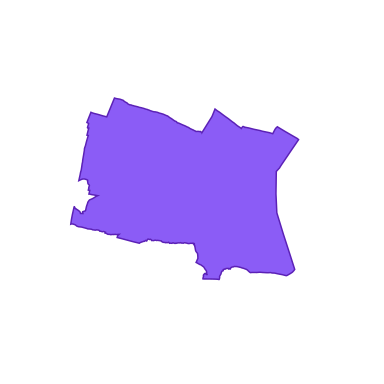 outline of Dersca, Botosani, Romania, rotated 144°
{"feature_id": "2599482B84441476848712", "entity_name": "Dersca", "entity_type": "district", "adm_level": 2, "iso_a3": "ROU", "parent_name": "Romania", "parent_adm1": "Botosani", "projection": "robinson", "projection_center": [26.235, 47.983], "detail": "fine", "context": "isolated", "style": "filled", "palette": "violet", "viewbox_px": 384, "rotation_deg": 144, "n_neighbors": 0, "source": "geoboundaries", "source_scale": "gbopen_adm2", "svg_char_len": 6016}
<svg xmlns="http://www.w3.org/2000/svg" viewBox="0 0 384 384"><g transform="rotate(144 192 192)"><path d="M309.0,237.2L308.2,237.0L307.0,235.9L305.7,234.0L305.2,232.0L304.2,230.6L302.0,228.6L300.3,226.5L298.7,224.5L298.1,223.5L296.2,221.9L295.2,220.9L294.5,219.7L293.7,219.0L292.9,218.2L292.2,217.7L291.3,217.4L291.1,217.0L290.6,216.7L290.2,216.3L289.6,215.3L289.7,214.6L289.1,214.1L288.8,213.7L287.9,212.5L287.0,212.2L286.4,211.6L286.2,211.3L286.0,210.8L285.7,210.4L286.5,210.0L285.5,208.6L285.3,207.9L284.9,207.2L283.4,206.0L282.8,205.2L281.5,204.5L280.6,203.9L280.5,203.7L278.9,202.8L278.2,202.0L276.5,201.0L275.9,200.6L277.0,200.5L277.6,200.3L278.1,200.1L279.3,199.2L275.5,194.6L268.7,186.2L264.7,181.5L263.9,181.6L263.4,181.4L261.9,181.1L261.1,180.7L260.3,180.6L259.7,180.3L259.4,180.0L258.9,180.1L258.4,180.1L258.0,180.1L257.9,179.9L257.7,179.7L257.7,179.4L257.7,179.2L257.4,179.0L257.0,179.2L256.1,179.7L255.7,179.8L255.2,179.7L254.7,179.2L254.4,178.6L253.4,178.2L253.1,177.6L253.1,177.2L253.2,176.6L253.1,176.3L252.3,175.9L251.6,175.2L250.3,174.8L249.6,174.2L249.3,173.7L248.4,173.2L247.1,172.0L246.7,171.6L246.1,170.9L245.7,170.6L245.6,170.4L245.7,169.8L245.4,169.3L245.0,168.3L244.4,167.9L244.0,167.4L243.4,167.0L243.2,166.5L242.9,166.4L242.6,166.1L242.1,166.0L241.7,165.5L241.2,165.2L240.4,165.0L240.3,164.1L240.3,163.7L239.8,163.5L238.3,162.2L238.1,162.2L237.6,162.2L237.1,162.0L237.0,161.8L236.9,161.5L236.1,160.6L236.0,160.4L235.5,160.3L235.2,159.9L234.8,159.7L234.2,159.6L233.9,159.3L233.1,159.0L232.6,158.6L232.3,158.5L232.2,158.4L231.7,157.8L230.9,157.7L230.4,156.7L230.2,156.6L229.9,156.4L229.3,155.9L229.0,155.6L228.6,155.5L228.1,155.5L227.4,155.0L227.2,154.6L226.7,154.2L225.7,152.9L224.9,152.1L223.2,151.3L222.5,150.7L221.8,150.3L221.4,150.1L221.5,149.8L221.2,149.6L220.6,149.2L220.5,148.8L220.6,148.6L220.9,148.5L221.2,148.5L221.5,148.3L221.4,148.0L221.2,147.7L221.3,147.1L221.6,146.6L222.1,145.4L223.4,142.8L223.7,141.7L223.7,140.1L223.6,139.1L224.8,137.0L225.8,135.5L226.2,134.9L226.5,134.6L227.1,134.4L228.0,133.8L230.1,132.6L229.4,131.2L228.5,129.1L228.2,128.6L227.9,128.3L227.5,127.4L227.4,127.0L226.6,124.5L226.6,123.9L226.8,121.5L226.7,120.6L226.8,119.6L227.2,118.7L227.5,118.2L228.4,117.1L228.4,116.9L228.2,116.5L228.4,116.4L228.9,116.9L228.9,118.1L229.1,118.3L229.3,118.5L230.0,118.5L230.9,118.3L231.3,118.2L231.8,117.9L232.1,117.2L233.8,115.8L234.2,115.3L233.7,114.8L228.8,111.2L224.6,108.0L222.5,106.3L221.6,105.3L221.4,105.3L221.2,105.4L220.0,106.4L219.7,106.9L219.4,107.4L219.1,107.6L218.3,108.0L217.1,108.5L216.7,108.7L215.9,109.4L214.5,110.3L213.8,110.2L213.4,110.0L213.0,110.1L212.4,110.5L212.3,110.9L212.2,110.9L211.9,110.7L210.8,110.5L210.7,110.4L210.7,110.2L210.3,110.0L209.6,110.1L209.4,110.1L209.3,109.9L208.3,109.4L207.3,108.6L207.4,108.4L206.9,108.3L206.8,108.1L207.2,107.9L206.4,107.4L206.2,107.2L205.5,107.7L204.8,107.9L204.3,107.8L203.3,107.6L202.6,107.1L201.7,107.0L199.4,105.2L196.9,102.3L196.2,101.2L195.2,100.0L193.4,97.3L193.0,96.1L192.8,94.7L192.4,93.0L192.1,92.4L191.7,92.2L190.4,91.4L186.9,88.8L184.4,87.3L183.2,86.3L182.2,85.4L179.0,82.8L178.1,82.1L175.9,80.7L174.9,79.5L174.1,78.8L173.5,78.4L172.9,77.9L172.2,77.1L170.8,75.5L167.4,71.9L165.7,69.8L165.1,69.1L164.7,68.8L164.0,68.6L160.2,68.2L157.9,68.1L155.9,68.5L154.4,69.0L150.3,81.4L142.9,104.1L135.6,125.3L125.2,141.1L111.7,159.1L107.1,160.0L104.5,161.1L87.1,167.4L75.0,171.7L75.2,172.8L75.3,173.2L80.1,184.0L80.2,184.3L80.3,184.5L80.6,185.1L81.2,186.5L84.0,193.1L84.6,194.6L86.5,194.4L88.0,193.9L92.4,191.7L94.5,194.5L97.7,198.0L99.6,200.1L100.8,201.7L105.0,206.3L108.3,210.3L110.8,213.0L110.9,212.9L111.2,213.0L111.8,214.6L112.0,214.8L112.4,215.1L114.1,214.7L114.5,214.5L114.8,214.4L115.2,215.9L116.4,219.0L117.5,223.5L118.0,224.7L119.5,230.0L120.3,232.3L121.0,234.4L122.9,240.6L123.8,242.8L124.6,245.6L130.8,241.7L131.7,241.2L149.0,234.2L148.9,234.4L148.9,234.6L149.5,235.2L149.5,235.8L149.6,236.0L149.9,236.2L150.6,236.6L151.0,237.1L151.6,237.6L152.9,238.4L153.3,238.7L153.3,239.1L154.2,240.6L154.4,241.3L154.9,241.9L155.4,243.0L155.8,243.6L156.4,244.8L156.8,246.1L157.9,247.9L158.4,249.0L159.6,251.0L160.0,251.6L161.7,254.6L162.4,255.8L162.9,256.2L163.2,256.7L163.3,257.1L163.2,257.7L163.3,258.0L163.6,258.8L164.2,259.5L164.8,261.3L165.5,263.5L166.1,264.8L166.4,265.7L166.8,267.0L167.0,267.8L167.8,268.9L168.9,270.8L169.4,271.7L170.9,273.7L172.1,275.1L172.4,275.7L173.3,277.0L174.7,278.5L175.7,279.3L176.3,280.1L176.7,280.5L177.1,281.2L177.9,282.2L178.6,283.5L179.3,284.4L179.6,285.0L180.8,286.4L181.8,287.9L182.8,289.1L183.4,289.9L184.9,291.5L185.7,292.7L187.4,294.7L187.7,295.0L188.2,295.6L188.5,296.1L189.6,297.3L189.8,297.8L190.4,298.5L191.1,299.1L191.5,299.8L191.8,300.3L192.1,301.2L192.2,302.0L192.2,302.3L193.0,303.8L193.6,305.5L193.7,306.4L193.9,306.8L195.7,309.4L197.2,310.9L198.5,312.3L199.5,313.6L216.8,302.9L219.2,305.8L222.5,310.1L224.7,312.7L226.3,314.8L226.9,315.9L236.2,310.0L235.6,308.8L235.4,308.2L235.7,307.9L236.3,307.4L238.7,305.6L238.8,305.4L238.8,305.1L238.0,304.4L243.6,299.7L242.7,298.7L247.4,295.1L251.1,292.0L252.5,291.1L253.6,290.2L253.9,289.9L254.3,289.3L254.8,288.8L256.6,287.0L261.8,281.9L262.9,280.6L264.3,279.4L266.3,277.3L268.8,274.8L270.5,273.5L272.5,271.6L276.9,267.7L274.2,267.2L272.7,266.7L271.3,265.7L269.9,263.9L269.5,262.8L269.9,262.6L271.3,259.8L271.1,258.3L271.1,257.8L271.3,257.4L272.3,256.8L273.0,256.2L273.1,255.9L273.4,255.6L274.2,255.1L274.3,254.9L274.8,254.4L274.3,253.9L273.8,253.4L276.6,250.9L276.1,250.5L274.4,248.5L273.4,247.6L272.3,246.4L270.5,244.5L271.8,244.8L275.5,245.0L277.3,245.3L279.0,245.7L279.5,245.8L280.2,245.7L281.9,245.1L282.4,244.9L282.9,244.4L285.8,242.4L288.4,240.1L288.9,239.7L289.3,239.5L289.5,239.5L292.0,240.3L292.3,240.1L292.6,239.6L292.6,239.3L292.9,238.7L294.8,240.2L294.4,241.3L294.3,242.1L294.4,242.5L294.6,243.3L294.8,244.0L295.1,244.9L295.5,245.6L295.5,246.2L295.9,246.6L296.1,247.2L295.8,249.2L295.9,249.3L296.3,249.1L302.0,244.1L305.7,240.6L309.0,237.2Z" fill="#8b5cf6" stroke="#5b21b6" stroke-width="1.5"/></g></svg>